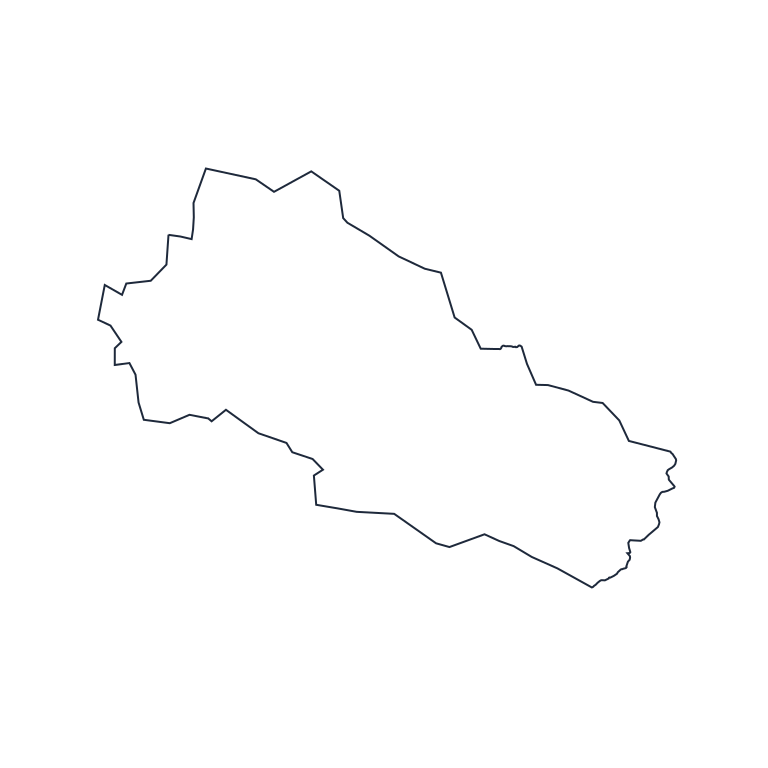 outline of Erdenebulgan, Hövsgöl, Mongolia, rotated 68°
{"feature_id": "93677404B61429445787704", "entity_name": "Erdenebulgan", "entity_type": "district", "adm_level": 2, "iso_a3": "MNG", "parent_name": "Mongolia", "parent_adm1": "Hövsgöl", "projection": "albers", "projection_center": [102.044, 50.219], "detail": "fine", "context": "isolated", "style": "outline", "palette": "slate", "viewbox_px": 768, "rotation_deg": 68, "n_neighbors": 0, "source": "geoboundaries", "source_scale": "gbopen_adm2", "svg_char_len": 2529}
<svg xmlns="http://www.w3.org/2000/svg" viewBox="0 0 768 768"><g transform="rotate(68 384 384)"><path d="M188.1,353.1L159.6,371.8L164.6,413.9L164.6,414.0L146.2,426.2L117.5,468.4L144.8,492.8L158.2,497.9L169.1,503.1L177.6,508.1L171.0,517.5L165.0,527.9L164.9,527.9L191.6,540.9L191.8,541.0L200.9,561.6L194.3,585.3L203.2,593.5L187.6,605.8L217.3,625.1L227.4,615.7L227.5,615.7L246.6,611.7L250.0,620.2L265.5,626.5L269.2,612.2L282.3,610.9L309.2,618.5L327.2,620.1L340.1,597.3L339.7,575.9L350.0,560.0L350.0,559.9L354.0,557.8L348.7,540.2L382.6,518.9L402.1,496.5L412.9,494.6L426.8,478.3L440.6,472.7L442.6,483.3L470.6,492.1L481.1,475.0L481.2,474.8L492.3,457.2L508.2,423.2L551.2,395.4L559.7,384.4L561.0,347.1L572.7,336.0L582.9,324.5L599.7,311.8L619.9,292.3L650.5,267.5L650.4,266.0L649.8,264.8L649.5,263.1L648.3,260.4L647.6,258.1L647.5,257.8L647.3,256.6L647.4,255.8L648.5,253.3L648.8,252.8L648.5,248.6L647.9,248.0L647.9,247.4L648.3,246.7L648.0,242.8L647.2,239.1L646.1,237.7L644.7,234.0L644.7,233.1L645.0,232.2L644.9,231.6L644.9,231.3L645.2,229.5L645.2,228.5L644.6,227.6L644.0,227.7L640.1,224.4L639.0,222.1L638.0,221.4L637.0,220.8L635.7,220.5L634.4,220.9L632.1,221.7L632.7,219.7L632.5,218.9L632.2,218.6L629.1,218.3L627.9,218.2L622.8,217.0L621.1,214.6L621.0,214.3L622.4,211.4L625.6,204.6L625.2,201.8L625.5,201.3L623.0,195.1L620.4,187.2L619.2,183.6L617.1,181.6L615.4,180.4L612.2,180.1L609.4,180.3L608.7,180.4L606.4,179.5L605.8,179.2L605.5,179.2L599.6,179.0L595.6,176.8L589.5,169.5L589.5,169.4L588.6,168.0L588.3,166.3L588.9,164.5L589.3,160.9L589.2,159.7L588.9,156.0L588.9,153.9L588.0,153.0L587.2,153.2L579.9,155.6L579.2,155.7L576.4,154.7L572.8,155.6L571.7,154.8L570.2,153.2L569.8,151.6L569.3,148.1L568.9,147.0L568.5,145.7L567.2,143.8L564.2,141.7L562.8,141.5L559.0,142.3L557.2,142.6L555.5,143.5L554.0,143.8L528.5,178.3L528.4,178.3L505.9,179.5L483.5,188.4L478.8,196.9L459.2,215.4L446.4,232.4L441.7,243.3L418.9,243.9L400.9,242.4L400.4,242.7L399.7,243.3L399.2,243.6L399.0,244.2L398.9,244.6L399.1,245.0L399.3,245.8L399.6,246.5L399.5,247.3L399.3,247.7L399.2,248.0L398.7,248.2L398.5,248.6L398.5,248.9L398.3,249.7L397.9,250.6L397.4,251.0L397.0,251.5L396.5,252.3L395.9,253.6L395.5,254.6L395.2,255.2L394.9,256.3L394.5,257.1L394.0,257.9L393.7,258.1L393.4,258.5L393.2,258.9L393.1,259.5L393.5,260.8L393.8,261.3L394.3,261.6L394.9,262.4L395.1,262.9L395.1,263.4L394.6,264.4L393.3,267.6L387.5,281.1L366.6,282.4L348.8,293.6L302.1,289.5L292.4,303.0L271.2,322.6L241.0,342.0L220.8,357.5L214.9,359.7L188.1,353.1Z" fill="none" stroke="#1e293b" stroke-width="2"/></g></svg>